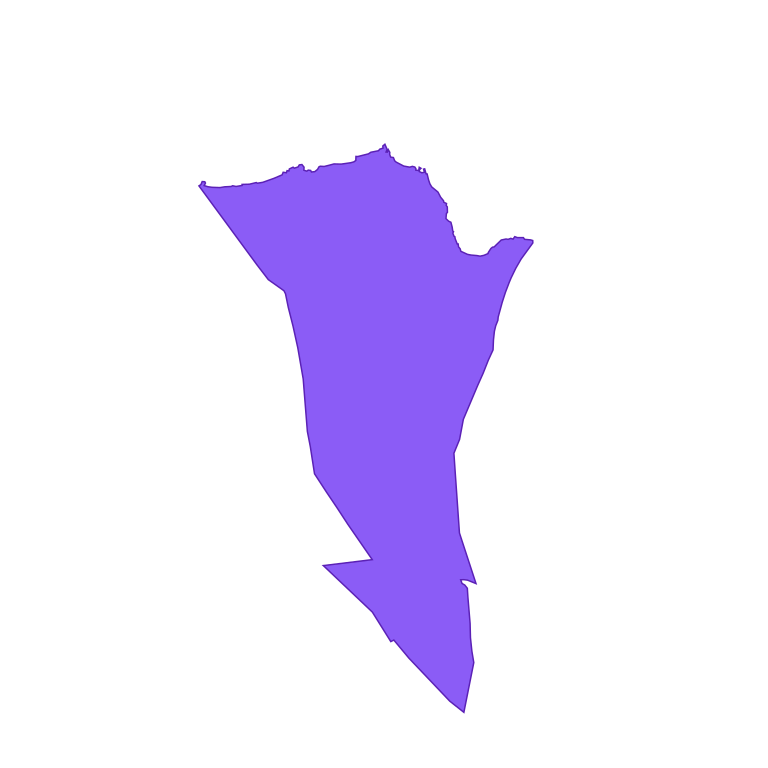 Falealupo, Vaisigano, Samoa, rotated 39°
{"feature_id": "51752279B91405763132187", "entity_name": "Falealupo", "entity_type": "district", "adm_level": 2, "iso_a3": "WSM", "parent_name": "Samoa", "parent_adm1": "Vaisigano", "projection": "orthographic", "projection_center": [-172.771, -13.521], "detail": "fine", "context": "isolated", "style": "filled", "palette": "violet", "viewbox_px": 768, "rotation_deg": 39, "n_neighbors": 0, "source": "geoboundaries", "source_scale": "gbopen_adm2", "svg_char_len": 2438}
<svg xmlns="http://www.w3.org/2000/svg" viewBox="0 0 768 768"><g transform="rotate(39 384 384)"><path d="M410.9,180.7L409.3,178.9L407.3,179.7L402.2,183.1L400.2,182.5L395.5,186.3L392.9,187.2L393.1,190.2L390.9,191.0L389.4,193.5L387.6,194.5L384.5,198.3L383.3,208.2L382.2,209.4L381.8,211.5L382.3,216.3L382.8,217.1L380.7,221.1L378.2,224.2L375.4,225.7L370.5,229.0L367.3,230.7L360.2,232.5L358.1,231.0L355.6,230.5L353.5,228.5L352.8,229.1L347.9,226.3L346.3,224.9L345.4,225.1L342.5,223.4L342.2,221.9L341.1,221.8L338.3,219.2L334.2,216.2L331.7,216.8L328.1,216.5L325.2,212.2L325.3,210.7L321.7,206.5L320.0,206.1L319.0,204.4L316.1,205.1L314.9,204.1L310.5,203.2L305.2,200.9L297.0,200.8L293.6,199.5L290.0,197.2L285.3,193.6L284.4,194.2L280.2,191.2L279.5,192.1L282.2,194.0L280.5,196.0L277.7,196.7L276.8,195.2L277.0,193.1L275.0,193.4L276.6,196.2L274.2,197.8L273.3,196.6L271.4,196.0L269.1,197.0L267.5,199.3L262.2,202.2L253.8,203.9L251.8,203.8L248.8,202.1L246.4,203.5L243.9,202.0L242.7,200.3L239.9,199.2L240.7,201.7L239.6,202.4L238.8,199.7L233.8,197.1L233.3,199.8L234.8,201.3L232.9,204.2L232.9,206.2L227.9,212.2L227.1,214.9L220.5,223.7L219.0,224.8L221.4,228.0L220.8,230.3L218.8,233.1L212.3,240.1L206.6,244.5L203.7,248.5L200.6,252.6L197.4,254.9L196.8,256.1L197.3,259.0L196.6,262.5L194.2,264.9L192.6,264.2L190.5,265.5L190.0,267.2L187.2,268.3L185.4,265.8L182.1,265.1L180.3,267.0L180.6,269.4L178.5,272.7L176.9,272.7L175.1,276.4L176.0,278.3L174.4,279.2L175.2,281.2L172.4,282.9L173.2,285.6L169.0,293.5L162.9,303.5L159.2,307.7L158.0,307.8L153.6,313.5L148.1,318.2L148.8,319.0L144.7,323.6L141.6,325.2L140.9,326.7L136.1,331.0L132.9,334.6L126.5,339.4L123.0,341.5L119.4,343.0L118.8,340.2L117.4,339.6L115.3,341.1L116.2,344.2L115.5,346.5L210.1,371.3L228.4,375.7L247.6,374.5L250.7,375.9L261.4,384.7L276.9,396.3L294.2,410.1L318.0,430.9L354.3,469.1L366.2,479.1L386.5,497.5L407.6,504.3L426.2,510.0L444.2,515.8L485.4,527.9L451.1,563.3L518.5,568.6L551.4,579.9L552.8,576.8L576.0,581.4L634.8,589.1L652.7,588.9L629.1,544.0L620.4,536.3L610.9,526.8L601.6,515.9L583.3,496.8L577.3,490.3L573.3,489.4L570.2,489.9L566.8,487.9L569.2,485.8L572.3,483.9L581.1,481.2L540.4,454.9L536.4,452.3L494.8,407.7L481.9,393.8L477.6,379.5L467.9,361.5L457.7,326.1L454.3,313.3L450.1,299.9L447.3,288.9L441.3,280.8L436.6,273.5L434.2,268.5L432.4,262.8L430.6,260.1L424.5,246.2L420.7,236.4L417.4,226.3L416.0,221.5L413.6,211.2L411.9,200.5L410.9,180.7Z" fill="#8b5cf6" stroke="#5b21b6" stroke-width="1.5"/></g></svg>